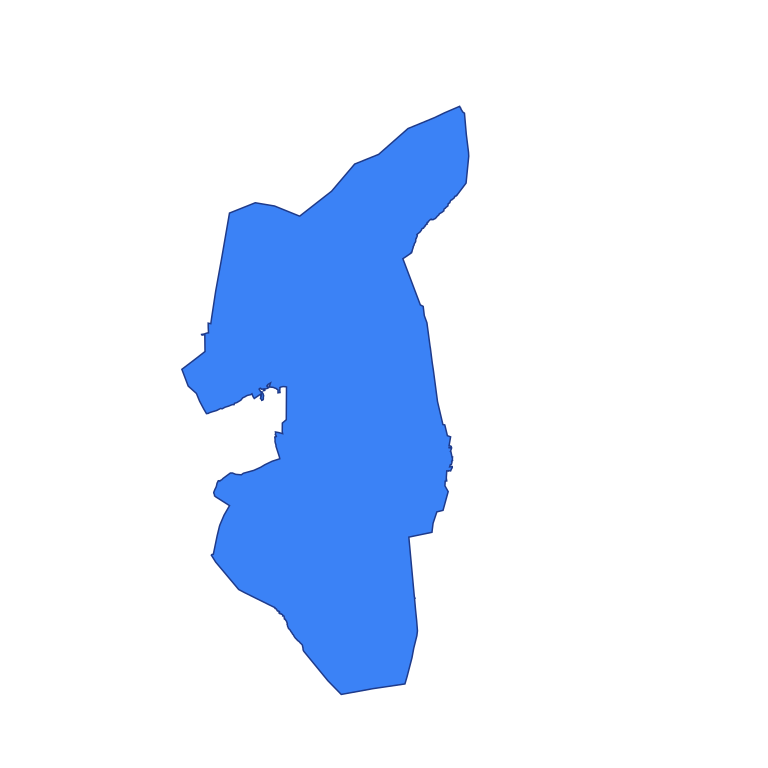 Sel nor, Oppland, Norway (orthographic projection), rotated 316°
{"feature_id": "86288312B5494531478451", "entity_name": "Sel nor", "entity_type": "district", "adm_level": 2, "iso_a3": "NOR", "parent_name": "Norway", "parent_adm1": "Oppland", "projection": "orthographic", "projection_center": [9.379, 61.759], "detail": "fine", "context": "isolated", "style": "filled", "palette": "blue", "viewbox_px": 768, "rotation_deg": 316, "n_neighbors": 0, "source": "geoboundaries", "source_scale": "gbopen_adm2", "svg_char_len": 5991}
<svg xmlns="http://www.w3.org/2000/svg" viewBox="0 0 768 768"><g transform="rotate(316 384 384)"><path d="M539.7,215.1L515.7,205.4L480.2,208.9L440.1,204.7L439.7,204.2L428.9,179.9L417.3,164.2L391.6,153.7L353.3,181.7L327.4,200.3L306.3,216.4L301.3,220.3L299.8,218.1L296.5,221.6L293.3,225.3L292.3,224.5L290.5,223.6L289.5,223.2L287.2,221.6L287.0,221.9L287.1,222.3L287.4,222.7L287.8,223.0L289.6,223.8L277.8,236.3L264.8,234.9L248.8,233.0L241.7,249.5L242.5,260.5L239.4,268.3L237.0,276.6L235.7,282.0L237.4,283.2L238.3,283.3L241.2,284.7L245.2,286.8L249.5,288.1L250.3,289.4L253.6,290.3L256.9,292.0L260.5,293.4L261.8,294.7L263.0,294.0L265.1,295.1L269.8,296.2L272.7,295.8L276.0,296.9L276.8,296.9L278.5,297.7L279.9,298.6L280.8,299.1L282.2,299.3L281.0,302.2L280.6,304.3L288.8,305.7L288.2,306.8L287.4,306.7L287.0,307.0L287.3,307.3L287.0,307.7L286.3,308.0L285.9,308.1L285.1,308.5L285.0,308.9L285.2,309.8L285.1,310.3L284.7,310.8L285.6,311.3L286.1,311.3L286.8,311.0L287.8,309.9L289.3,308.8L289.7,308.1L290.3,306.8L290.4,305.6L290.8,304.8L289.9,304.2L290.6,300.9L291.2,300.8L292.1,301.1L292.3,301.5L292.3,302.0L292.2,302.5L292.4,302.6L292.8,302.9L293.2,303.5L293.6,303.8L292.7,305.1L293.8,305.8L294.7,304.6L294.9,304.9L295.3,305.2L296.3,305.6L296.7,305.9L297.2,306.2L298.2,306.4L298.2,305.8L298.5,305.2L298.3,304.1L298.6,304.0L298.8,304.4L299.1,304.4L299.0,304.1L299.0,303.9L299.5,303.8L300.2,303.7L303.1,304.4L299.4,306.4L301.9,309.4L302.3,310.2L302.5,310.9L303.2,312.0L303.3,312.7L303.2,313.0L303.4,313.3L303.6,314.1L303.5,314.8L301.6,316.7L303.3,317.9L304.8,315.9L305.2,315.7L306.4,314.6L306.6,314.2L307.8,314.6L309.6,315.7L311.3,317.6L311.8,318.4L288.9,341.8L283.7,341.5L277.6,347.7L276.6,349.3L274.6,345.9L272.6,343.1L272.1,343.8L271.4,344.5L270.7,344.8L270.6,345.1L270.6,345.4L270.7,345.9L270.1,347.0L269.4,346.7L269.1,346.5L269.2,346.4L268.6,346.3L268.1,346.9L267.3,348.1L266.8,348.5L266.1,349.3L265.6,349.7L264.7,351.2L264.0,352.7L263.0,353.8L258.1,363.8L257.1,365.4L250.0,361.9L242.2,359.3L237.4,358.2L230.4,355.7L220.8,350.5L218.3,350.2L214.6,346.0L213.2,342.8L211.6,341.3L202.5,340.1L200.8,340.2L198.9,339.6L198.4,339.8L198.2,339.3L197.9,338.7L197.5,338.5L197.1,338.6L195.7,339.2L195.1,339.3L192.9,340.8L191.4,341.6L189.3,342.3L186.2,343.7L185.7,344.4L185.0,346.1L184.4,346.7L184.6,348.5L188.4,364.2L177.9,367.2L168.2,371.3L166.7,372.1L158.5,377.3L143.0,387.9L142.8,387.9L142.7,387.6L142.2,387.4L141.7,387.1L140.9,387.2L139.2,395.2L136.7,430.9L137.3,432.7L138.8,437.3L147.9,462.8L150.2,469.1L149.9,469.4L149.9,469.6L149.7,469.8L149.8,470.0L150.0,470.0L150.1,470.4L150.1,470.8L150.3,471.3L149.7,472.8L150.0,473.4L149.9,473.7L150.4,474.1L150.5,474.5L150.7,475.1L150.1,475.5L149.7,475.6L149.8,475.7L149.7,475.9L149.8,476.0L149.6,476.1L149.5,476.8L149.8,477.3L150.2,477.4L150.4,477.7L150.4,478.1L150.3,478.3L150.5,478.5L150.6,479.0L150.7,479.5L150.5,480.0L150.4,480.1L150.5,480.1L150.5,480.5L150.6,480.9L150.8,481.2L150.6,481.5L150.5,482.1L150.1,482.4L149.9,483.0L149.5,483.3L149.1,483.8L149.1,484.0L149.6,484.7L149.3,485.2L149.3,485.4L149.2,485.7L149.2,486.0L149.1,486.4L149.1,487.0L148.7,487.6L148.4,488.5L148.0,489.1L147.8,489.2L147.9,489.3L147.5,489.7L147.4,489.8L146.2,491.6L146.0,492.5L145.5,493.4L145.5,494.3L145.6,495.1L145.6,495.5L145.4,496.0L145.4,496.4L145.3,496.9L145.1,497.3L145.0,498.7L144.5,500.5L144.6,501.3L144.0,503.3L143.7,505.5L143.8,506.7L143.7,507.8L143.8,509.4L144.0,510.0L144.0,511.2L143.9,512.0L144.0,514.4L143.8,515.3L142.9,516.6L142.5,517.4L141.4,518.7L140.8,519.8L140.6,520.8L137.5,558.5L137.6,577.6L164.3,595.4L190.7,614.3L197.2,610.6L213.9,600.4L221.9,594.7L232.8,587.9L236.6,584.8L243.2,576.8L249.4,568.9L256.8,559.7L257.4,559.8L257.9,558.6L257.8,558.4L295.5,511.4L315.5,524.0L322.5,518.3L333.2,512.7L338.7,515.9L355.4,506.0L357.1,499.6L360.5,496.4L361.8,497.3L362.8,495.9L362.6,495.8L364.7,493.8L368.8,490.1L369.8,491.3L370.1,491.1L370.4,491.5L371.0,492.0L371.3,492.6L371.6,492.8L372.7,492.3L373.8,491.9L374.3,491.8L375.1,491.5L375.7,490.8L374.7,490.1L373.6,489.2L375.7,488.1L376.4,488.8L378.5,487.5L378.7,486.9L379.1,486.5L379.7,486.8L380.4,486.5L380.5,486.0L382.6,484.1L382.2,483.8L385.1,479.2L384.9,478.7L388.0,477.1L386.1,474.4L386.6,475.0L388.0,476.5L388.4,476.4L388.4,476.2L388.9,475.8L388.9,475.0L387.9,473.6L395.2,468.3L393.7,465.2L399.3,455.7L399.0,455.1L398.6,454.7L398.2,454.1L410.3,433.8L429.3,408.1L433.4,402.3L442.3,390.4L443.3,388.9L457.4,369.8L460.5,362.8L466.1,355.4L465.1,352.3L484.6,307.0L494.8,308.7L495.0,308.2L495.4,308.2L495.8,308.4L497.6,307.2L499.8,306.1L500.2,305.7L500.5,305.4L501.7,305.2L502.8,304.5L503.1,304.2L504.9,303.8L505.5,303.6L506.1,303.2L507.5,301.8L508.3,301.8L508.8,301.3L509.2,301.3L510.4,300.8L511.1,300.3L511.2,299.8L511.5,299.7L511.6,299.3L512.6,299.4L513.0,299.5L514.0,299.5L514.3,299.6L515.3,299.6L515.7,299.7L516.3,299.5L517.4,299.4L519.3,298.7L519.8,298.8L520.5,299.3L520.9,299.3L521.2,299.2L521.5,299.0L522.7,299.1L523.3,298.7L523.7,298.9L524.2,298.6L525.6,298.6L525.9,298.9L526.3,298.9L526.4,298.3L527.3,297.8L528.0,298.1L528.4,298.2L528.7,298.0L529.1,297.9L531.6,297.9L531.8,298.1L532.4,298.2L532.6,298.6L532.5,299.0L532.8,299.3L533.2,299.5L533.7,300.0L534.5,300.1L534.9,300.2L535.1,300.4L535.4,300.5L537.0,300.6L538.9,300.3L539.8,300.4L541.3,300.4L541.6,300.1L542.1,300.0L544.0,300.5L544.7,300.7L546.4,300.9L547.0,300.8L547.3,301.0L548.5,300.0L548.9,299.9L549.2,299.9L550.3,300.2L550.7,300.0L551.1,300.0L553.6,300.3L554.3,299.8L555.5,298.9L555.9,299.1L556.6,299.1L556.9,299.3L557.3,299.3L558.9,298.4L559.5,298.3L560.0,298.3L560.7,298.7L561.1,298.5L562.2,298.8L563.4,298.8L563.8,298.9L564.2,298.8L564.8,298.3L565.3,298.2L566.0,298.5L566.2,298.8L566.8,298.8L567.2,298.9L567.5,298.7L567.9,298.9L568.5,298.7L582.6,296.5L603.2,279.0L605.7,276.1L616.7,261.5L630.0,245.1L630.0,244.9L629.8,244.1L629.7,243.6L629.6,242.8L629.8,242.3L629.9,241.8L630.3,239.8L630.8,239.0L630.9,238.7L630.8,237.9L631.2,237.2L631.3,236.8L616.0,231.0L605.2,227.4L578.7,216.9L539.7,215.1Z" fill="#3b82f6" stroke="#1e3a8a" stroke-width="1.5"/></g></svg>